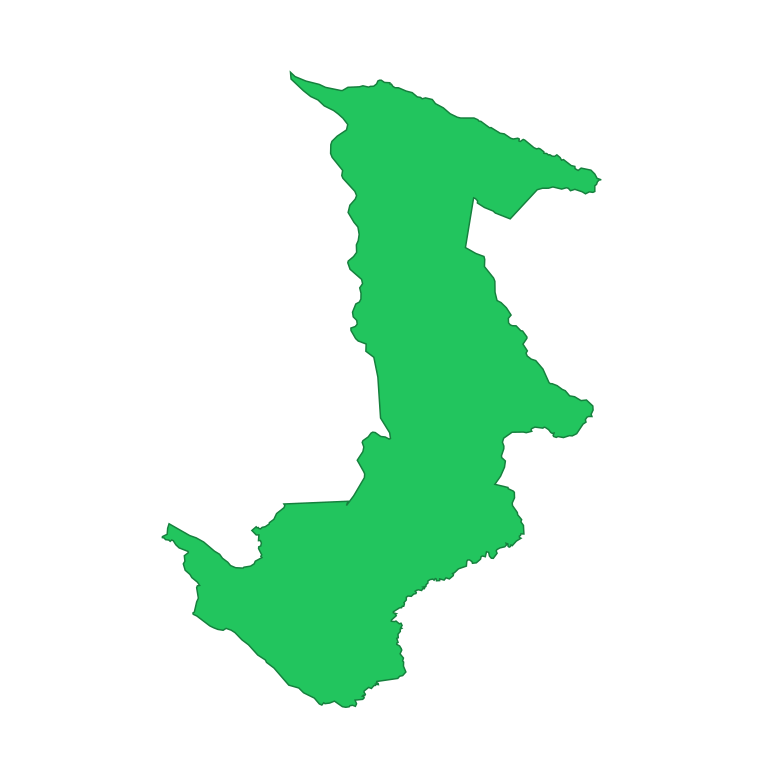 outline of Diamantino, Mato Grosso, Brazil, rotated 85°
{"feature_id": "56859067B68124808583770", "entity_name": "Diamantino", "entity_type": "district", "adm_level": 2, "iso_a3": "BRA", "parent_name": "Brazil", "parent_adm1": "Mato Grosso", "projection": "natural_earth1", "projection_center": [-56.801, -14.136], "detail": "fine", "context": "isolated", "style": "filled", "palette": "green", "viewbox_px": 768, "rotation_deg": 85, "n_neighbors": 0, "source": "geoboundaries", "source_scale": "gbopen_adm2", "svg_char_len": 6140}
<svg xmlns="http://www.w3.org/2000/svg" viewBox="0 0 768 768"><g transform="rotate(85 384 384)"><path d="M521.7,607.6L526.0,605.4L529.4,602.4L533.7,593.8L535.0,593.7L537.7,597.9L543.2,597.8L545.7,599.6L552.2,598.3L556.8,593.9L560.1,592.3L565.2,587.1L568.6,585.2L568.8,587.5L570.5,588.4L581.2,587.6L584.7,589.6L594.6,592.8L595.5,594.3L596.8,594.1L598.7,590.8L609.8,578.6L611.9,575.1L614.0,570.9L615.3,565.7L613.7,562.6L615.9,557.7L618.7,554.1L626.5,547.8L632.0,541.7L643.0,533.4L648.6,526.2L651.1,525.3L657.3,518.4L675.7,505.1L679.4,495.4L684.6,491.0L690.8,480.8L697.1,476.3L698.4,473.9L696.3,471.8L697.3,470.7L697.1,465.9L695.6,461.0L701.8,453.6L702.7,450.3L702.5,446.8L701.5,446.0L701.3,443.3L702.6,440.6L700.2,439.2L696.4,440.4L696.3,432.7L694.9,431.1L693.6,431.5L693.1,432.8L692.2,431.6L692.6,430.3L691.5,429.6L689.3,430.8L688.1,430.5L684.9,425.7L686.2,423.1L683.6,420.4L683.5,418.7L682.2,418.7L683.0,415.8L681.8,415.9L680.8,417.5L679.7,417.1L678.5,395.9L676.5,393.9L676.1,390.8L672.8,387.3L666.8,389.2L662.7,388.7L661.5,389.6L658.7,388.5L654.2,391.5L650.6,389.5L649.1,389.9L646.3,391.3L644.5,394.0L643.1,393.7L642.7,392.5L638.5,393.5L638.0,391.9L634.5,391.9L631.9,389.3L629.6,389.3L628.9,387.5L628.1,388.5L626.1,387.0L623.8,387.9L624.2,389.7L621.2,392.7L621.6,394.3L621.0,397.4L619.7,397.1L615.9,392.0L614.4,392.8L613.9,391.7L612.7,394.7L611.7,394.5L608.3,388.0L608.4,386.0L607.0,385.2L607.1,383.7L604.8,382.8L603.6,383.2L601.1,380.6L598.4,380.4L597.3,378.5L597.9,375.3L595.9,372.8L595.5,370.4L594.4,370.0L593.1,371.0L592.4,369.7L592.0,367.7L593.0,364.5L591.4,363.4L591.5,361.8L590.6,361.2L589.7,362.7L589.3,359.9L587.5,359.5L586.1,357.6L584.2,357.5L582.9,355.3L582.6,352.4L583.8,351.2L582.3,349.9L582.9,348.9L584.6,348.9L584.7,345.7L583.0,345.5L584.6,341.2L582.5,339.1L583.9,335.9L581.0,331.8L579.9,331.4L578.7,332.2L578.3,330.5L574.6,325.9L572.6,317.8L567.9,317.0L566.7,316.1L566.6,314.2L568.6,311.9L570.3,311.5L570.2,307.6L566.9,303.1L564.6,302.4L563.9,301.0L564.9,298.1L560.0,296.5L560.9,294.4L564.5,294.0L566.9,292.3L567.2,290.3L562.5,286.1L560.0,286.8L558.8,285.9L557.4,282.8L556.7,277.9L554.9,275.9L553.3,276.3L554.0,274.6L556.6,274.5L557.4,273.5L556.9,272.2L555.4,271.5L556.2,270.3L552.0,265.8L549.6,261.0L548.7,262.4L547.3,262.4L546.7,261.2L545.2,260.6L545.6,257.7L537.0,257.4L533.3,259.6L531.1,258.7L526.0,262.2L523.6,262.4L516.3,266.6L513.7,266.6L508.8,263.9L503.3,263.6L502.0,264.5L499.1,269.4L497.9,269.5L493.6,282.3L486.0,275.9L477.4,271.2L471.3,269.8L467.5,273.2L465.6,273.2L459.0,270.3L456.3,270.0L452.3,271.1L448.4,269.5L443.2,260.6L444.0,249.4L444.9,246.6L444.0,240.9L442.6,241.5L441.4,240.9L440.1,237.4L441.8,229.6L441.0,228.2L441.4,227.0L443.8,224.0L446.9,222.0L447.9,220.6L447.7,218.9L450.1,220.0L451.1,219.5L452.2,217.0L451.5,215.3L453.0,209.9L451.6,203.8L452.1,201.0L450.3,196.4L441.3,189.2L439.6,186.1L437.1,186.5L434.8,184.7L434.2,183.1L434.5,179.7L432.2,180.3L428.2,178.0L424.1,177.9L417.6,183.7L417.7,189.2L413.3,195.2L412.0,200.1L406.5,204.0L404.9,206.9L400.7,211.7L398.3,216.6L398.2,218.2L397.0,219.5L382.9,224.4L380.4,226.2L373.9,230.8L372.1,235.1L368.6,238.9L365.6,239.8L363.5,238.3L356.4,242.1L351.0,237.7L349.7,237.5L343.3,241.3L342.8,243.1L337.6,247.3L337.1,251.1L336.1,253.1L333.9,254.6L329.4,254.4L326.4,251.4L318.8,255.4L313.1,260.3L310.7,264.1L302.3,265.4L291.3,264.6L288.0,265.6L275.8,273.7L268.7,272.8L265.7,273.3L262.0,281.1L255.2,291.0L206.4,278.5L207.2,276.8L209.7,274.8L211.8,275.2L216.9,268.6L221.2,260.2L223.4,258.2L230.5,243.9L203.8,214.4L202.8,209.0L203.3,203.0L202.4,198.6L205.3,190.0L204.4,185.2L205.1,183.3L207.7,181.4L206.7,176.9L209.8,169.8L212.1,166.7L210.5,162.7L211.3,159.2L210.6,157.2L204.9,156.7L203.7,154.9L201.2,153.8L199.5,151.8L199.5,149.8L197.7,153.8L193.2,155.7L189.0,159.2L186.1,168.8L188.2,172.0L186.1,174.9L183.9,174.9L182.7,178.5L176.1,185.6L176.5,187.6L173.8,188.8L170.8,191.8L172.1,194.2L171.7,196.5L170.1,198.8L170.1,200.3L168.6,201.8L168.1,204.6L166.7,204.5L163.6,207.7L162.7,209.3L163.1,211.5L161.6,214.1L153.3,222.5L152.5,224.0L154.3,227.2L153.6,228.4L151.7,227.9L150.8,229.3L151.2,233.9L150.2,236.4L145.3,242.4L144.3,246.5L137.9,255.0L137.9,256.6L130.8,264.6L130.4,266.4L128.9,267.5L126.9,271.1L125.7,284.5L124.6,287.8L120.5,294.6L114.1,300.8L109.2,308.3L104.8,311.1L102.6,317.7L103.2,321.1L101.7,322.6L100.9,325.8L96.2,330.5L94.1,336.4L90.2,343.7L89.8,347.2L88.3,349.2L85.9,350.5L85.6,351.9L84.4,351.9L83.6,357.3L81.1,360.3L81.0,362.1L81.6,363.7L84.4,365.2L86.5,368.4L86.3,371.6L86.9,373.5L85.1,379.0L85.8,382.6L85.3,394.1L88.0,399.8L87.9,401.3L83.4,416.4L79.9,422.4L75.4,435.4L70.0,445.8L65.3,450.0L72.1,450.0L84.8,438.7L91.2,432.0L95.2,425.1L101.7,419.3L107.2,410.3L111.1,406.0L115.7,401.7L122.3,397.5L127.6,399.2L133.0,409.0L137.7,414.7L140.9,416.1L149.7,417.1L153.7,415.9L167.6,406.6L172.7,407.9L175.5,407.0L189.6,396.2L194.0,394.9L197.4,396.6L202.9,402.4L210.0,404.8L220.3,399.8L225.4,396.3L232.8,395.7L239.0,397.2L243.0,399.4L250.5,399.8L254.4,403.2L258.4,408.9L260.1,409.5L266.8,407.8L277.8,397.2L282.2,396.6L286.1,399.8L291.6,399.0L297.4,399.6L300.2,401.4L301.8,405.1L309.7,409.1L314.4,408.8L318.3,405.6L322.1,405.5L324.2,407.6L325.4,412.1L327.9,412.2L336.3,408.3L338.9,406.0L342.6,398.3L349.8,399.2L356.5,391.8L376.7,389.5L417.6,390.4L433.1,382.6L438.9,382.3L439.3,383.7L436.9,387.4L436.0,391.8L431.6,397.0L431.0,399.4L431.8,401.2L435.3,404.3L438.6,409.9L440.3,410.8L445.0,409.6L449.5,410.9L457.6,417.3L469.7,411.8L471.9,411.1L475.6,411.7L492.7,423.9L501.8,432.0L497.7,430.1L494.8,494.2L496.4,493.4L498.4,494.3L503.7,502.3L509.2,505.5L512.2,510.3L513.5,510.6L515.8,514.8L516.2,517.9L517.5,519.6L517.1,521.2L516.0,521.8L516.2,523.0L515.1,523.8L518.4,528.4L523.2,524.5L523.4,521.8L529.1,522.7L529.2,520.8L531.7,520.0L534.6,520.9L535.3,523.0L537.0,523.3L543.5,520.7L544.9,521.7L546.3,520.7L549.3,527.7L551.8,529.0L553.8,532.8L554.3,539.5L555.1,540.5L554.1,547.8L551.5,552.7L547.9,555.2L543.5,560.1L539.3,562.6L535.8,567.4L525.7,577.4L520.9,584.5L518.1,590.7L504.5,610.3L508.9,612.1L514.8,613.1L516.7,618.0L517.7,618.2L518.2,616.5L520.0,615.2L520.7,612.0L522.1,610.7L520.9,609.1L521.7,607.6Z" fill="#22c55e" stroke="#15803d" stroke-width="1.5"/></g></svg>